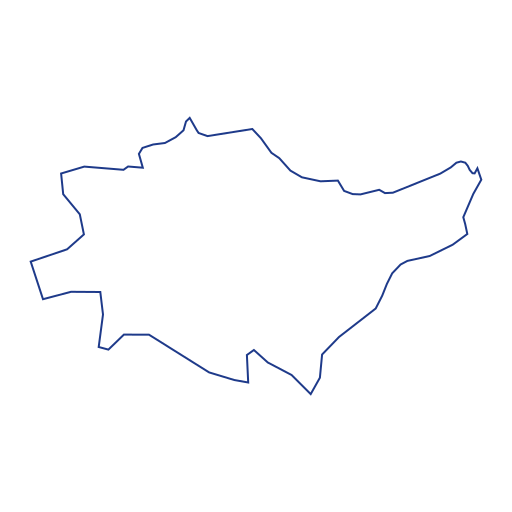 outline of Dagdas
{"feature_id": "LVA-5747", "entity_name": "Dagdas", "entity_type": "Municipality", "adm_level": 1, "iso_a3": "LVA", "parent_name": "Latvia", "parent_adm1": "", "projection": "albers", "projection_center": [27.708, 56.118], "detail": "fine", "context": "isolated", "style": "outline", "palette": "blue", "viewbox_px": 512, "rotation_deg": 0, "n_neighbors": 0, "source": "natural_earth", "source_scale": "10m", "svg_char_len": 1065}
<svg xmlns="http://www.w3.org/2000/svg" viewBox="0 0 512 512"><path d="M467.3,234.0L452.7,244.7L429.7,256.0L407.4,260.9L400.6,264.5L392.2,273.3L386.9,283.9L382.2,295.7L375.7,308.5L339.0,337.0L322.1,354.5L319.9,377.7L310.7,394.1L291.6,375.0L267.8,362.5L253.9,350.0L246.9,355.0L248.2,382.5L234.2,380.0L209.1,372.4L149.0,334.7L123.9,334.6L108.4,349.6L98.7,347.0L103.0,314.5L100.3,292.0L71.0,291.8L43.0,299.2L30.7,261.6L67.1,249.3L83.9,234.4L79.8,214.3L63.2,194.2L61.1,173.5L84.3,166.6L123.5,169.8L128.1,166.5L142.8,167.7L138.9,153.9L142.5,147.9L153.1,144.5L164.9,143.0L175.7,137.2L183.5,130.3L186.0,121.5L189.7,117.9L196.8,130.3L198.6,133.0L207.5,136.1L252.3,129.0L260.9,138.2L271.4,152.8L279.3,158.2L290.4,170.6L301.9,177.3L320.5,181.3L337.9,180.6L344.1,190.9L352.7,194.1L360.5,194.4L379.2,189.8L385.0,193.1L392.9,192.7L440.3,173.6L450.8,167.4L456.4,162.7L460.9,161.5L465.3,162.7L467.8,165.9L469.7,169.9L472.5,173.2L474.6,173.4L477.4,168.3L481.3,179.7L473.3,193.9L463.3,217.2L465.2,224.1L467.2,233.5L467.3,234.0Z" fill="none" stroke="#1e3a8a" stroke-width="2"/></svg>